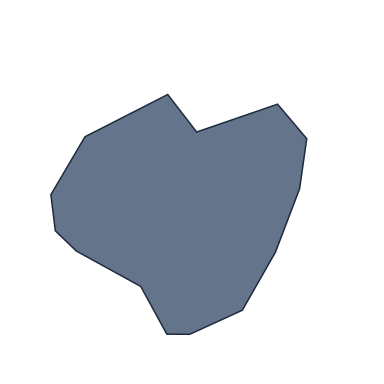 the district of Arxust, Töv, Mongolia, rotated 132°
{"feature_id": "93677404B33334690318277", "entity_name": "Arxust", "entity_type": "district", "adm_level": 2, "iso_a3": "MNG", "parent_name": "Mongolia", "parent_adm1": "Töv", "projection": "mercator", "projection_center": [107.97, 47.468], "detail": "fine", "context": "isolated", "style": "filled", "palette": "slate", "viewbox_px": 384, "rotation_deg": 132, "n_neighbors": 0, "source": "geoboundaries", "source_scale": "gbopen_adm2", "svg_char_len": 346}
<svg xmlns="http://www.w3.org/2000/svg" viewBox="0 0 384 384"><g transform="rotate(132 192 192)"><path d="M288.4,295.1L312.3,267.6L313.3,238.5L296.5,166.9L314.5,115.6L299.3,98.5L246.2,75.5L180.9,89.7L117.6,114.2L75.6,142.4L69.5,187.2L144.3,228.7L135.8,275.3L222.5,308.5L288.4,295.1Z" fill="#64748b" stroke="#1e293b" stroke-width="1.5"/></g></svg>